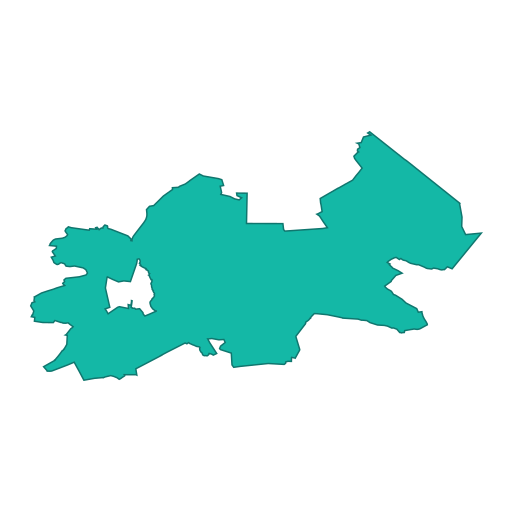 outline of Ārlavas pag., Talsi, Latvia
{"feature_id": "27541924B95940565269220", "entity_name": "Ārlavas pag.", "entity_type": "district", "adm_level": 2, "iso_a3": "LVA", "parent_name": "Latvia", "parent_adm1": "Talsi", "projection": "robinson", "projection_center": [22.632, 57.389], "detail": "fine", "context": "isolated", "style": "filled", "palette": "teal", "viewbox_px": 512, "rotation_deg": 0, "n_neighbors": 0, "source": "geoboundaries", "source_scale": "gbopen_adm2", "svg_char_len": 5922}
<svg xmlns="http://www.w3.org/2000/svg" viewBox="0 0 512 512"><path d="M295.2,358.2L299.6,350.2L299.7,349.8L299.7,349.4L296.0,337.1L295.9,336.6L296.0,336.1L305.4,323.9L305.6,323.5L305.6,322.6L305.8,322.1L308.1,320.5L308.9,319.8L309.7,318.8L310.4,318.3L310.2,318.1L311.9,316.0L314.3,313.6L317.2,313.7L327.3,314.7L338.6,317.0L342.6,317.9L342.7,318.1L358.1,319.1L361.5,320.2L363.0,320.2L366.9,320.6L370.0,322.6L377.5,325.0L384.3,325.4L387.5,326.1L391.9,328.1L393.3,327.9L396.9,329.2L399.7,332.5L400.6,332.5L401.2,332.9L402.1,332.7L404.3,332.5L404.7,330.6L411.0,329.5L412.5,329.3L414.0,329.0L417.1,329.4L419.0,329.1L420.1,328.7L426.9,325.0L427.3,324.8L427.2,323.9L426.0,321.6L424.2,318.8L422.9,316.1L422.0,312.8L421.9,311.7L418.3,312.2L416.7,308.6L406.0,303.0L402.1,299.3L395.5,295.2L393.5,294.5L391.4,291.3L390.0,290.4L387.4,289.0L385.3,287.1L384.7,286.1L391.1,281.5L391.5,280.4L395.9,275.4L402.1,273.2L398.1,270.7L392.5,268.0L392.2,267.4L389.3,264.7L390.0,264.0L387.2,262.4L388.0,261.5L391.2,259.3L394.4,257.8L396.2,257.4L399.4,259.5L400.9,258.5L402.6,259.8L403.3,260.1L406.2,260.8L408.7,262.4L410.6,263.3L416.5,264.7L418.6,264.7L424.5,267.2L426.3,268.2L427.4,268.5L431.7,269.0L433.3,268.2L433.8,268.1L437.9,268.8L440.0,269.6L441.7,269.9L444.3,269.5L444.5,269.6L447.4,266.8L452.1,268.8L481.3,233.1L465.6,234.6L461.7,226.5L462.0,217.1L459.5,203.3L459.7,203.2L406.5,160.7L404.4,159.3L369.7,131.8L367.7,133.0L370.8,135.1L363.5,137.0L361.2,142.6L357.3,143.2L358.8,143.9L359.9,147.6L357.6,149.2L357.4,150.9L358.5,151.9L358.0,152.1L353.9,156.2L354.6,158.4L356.1,160.5L362.1,168.1L358.9,172.3L356.1,175.6L352.6,180.2L345.1,184.3L343.6,185.2L338.1,188.3L338.0,188.2L320.2,198.5L320.6,202.9L321.1,205.0L322.1,211.6L317.5,214.0L316.9,214.2L319.5,216.0L323.3,221.8L327.4,227.7L322.7,228.5L284.9,231.1L283.6,229.6L282.9,223.6L246.5,223.5L247.1,193.2L236.6,193.1L237.0,195.6L241.6,197.8L239.2,199.9L234.7,198.9L230.0,196.5L220.8,194.4L221.6,192.6L220.2,186.2L223.6,185.5L221.8,179.7L218.4,178.6L203.3,176.0L199.3,174.0L189.7,180.7L189.7,180.8L185.3,184.0L179.6,186.3L178.4,187.3L172.4,187.7L172.5,189.5L163.3,196.1L153.7,205.6L149.5,206.3L146.5,209.6L146.9,213.4L146.9,215.4L146.6,217.1L145.8,219.5L143.9,222.5L135.4,233.5L133.2,236.5L132.8,237.3L132.2,238.9L132.0,239.7L132.0,240.8L130.8,240.6L131.2,239.2L127.9,235.9L111.0,229.3L108.3,228.6L107.8,228.2L107.6,227.3L107.6,226.5L107.4,225.9L104.9,225.0L103.3,226.6L103.1,227.0L102.9,228.1L102.5,228.0L101.4,228.0L100.5,228.5L99.1,229.7L98.3,228.6L97.6,228.0L97.1,227.3L95.7,227.7L96.6,229.2L89.7,228.7L89.2,230.2L71.3,227.7L68.3,226.8L67.7,227.6L66.1,228.6L65.1,230.8L65.3,231.4L67.6,234.6L67.1,235.6L65.2,237.2L62.4,238.2L55.6,239.0L55.1,239.2L53.5,240.0L53.0,240.4L50.8,242.9L50.2,243.7L50.0,244.6L49.5,245.5L56.5,246.2L56.3,248.5L52.6,250.9L52.3,251.7L55.3,256.0L51.3,257.2L53.2,260.5L53.8,262.3L54.2,262.8L56.7,264.4L57.4,264.5L58.5,264.2L60.4,262.9L61.0,262.7L61.3,262.7L64.6,263.8L65.6,265.5L65.9,266.0L66.5,266.2L69.9,266.6L74.5,266.0L83.2,267.9L85.9,269.7L87.4,272.9L87.4,273.2L86.0,275.0L79.3,276.8L65.9,278.3L64.0,279.9L64.0,280.1L64.6,281.6L64.5,281.8L62.8,283.2L62.7,283.5L64.7,285.5L56.5,288.0L53.4,289.2L47.5,291.0L41.5,293.0L34.3,297.0L34.5,297.2L34.0,300.6L34.8,301.8L32.0,302.7L30.7,305.9L33.8,311.0L32.6,314.9L32.2,314.9L31.3,316.7L34.8,317.4L34.4,321.2L42.8,322.5L53.3,322.6L54.9,320.5L61.0,322.5L61.9,322.5L63.0,323.1L65.7,323.2L68.1,322.8L69.7,324.2L73.1,326.7L72.3,327.7L70.9,328.6L66.2,334.6L65.5,335.0L67.3,335.4L66.8,344.4L64.8,347.9L63.4,349.8L63.5,349.8L62.7,350.6L62.3,350.6L60.3,353.4L57.9,356.5L56.0,358.7L55.5,359.4L54.7,360.0L54.9,360.3L43.6,366.7L47.2,370.8L47.2,371.1L50.1,371.2L51.8,371.0L56.0,369.4L67.5,365.0L74.2,362.2L79.5,371.9L83.9,380.2L94.6,378.3L102.6,377.6L103.1,377.8L105.2,376.9L110.7,375.6L113.5,376.3L117.0,377.7L119.2,379.3L120.5,378.7L122.1,377.5L124.7,375.8L124.9,375.0L124.6,374.7L135.9,374.7L136.8,375.1L135.8,368.8L161.2,355.5L161.0,355.4L167.0,352.2L185.1,343.0L186.9,343.8L188.6,342.6L189.7,343.5L190.8,343.9L192.7,344.8L194.2,345.3L196.5,346.4L199.0,346.8L199.7,347.1L200.0,347.7L199.6,348.7L199.9,350.2L201.0,352.1L202.0,352.9L202.6,354.5L202.9,355.0L203.5,355.4L204.4,355.7L205.7,355.6L206.8,355.8L207.5,355.7L208.9,354.4L209.0,354.2L209.0,353.5L209.6,353.5L211.8,354.2L213.3,355.1L216.7,353.5L209.7,342.7L207.7,338.9L208.2,338.9L211.8,338.5L218.8,339.8L223.9,339.5L225.2,342.5L220.6,346.1L219.6,348.6L220.5,349.6L231.3,353.1L232.0,364.9L233.7,367.3L240.1,366.4L268.2,363.5L284.2,364.4L285.6,363.3L285.8,361.9L288.0,361.3L291.4,361.4L291.5,357.8L291.6,357.4L294.8,358.0L295.2,358.2ZM131.1,307.3L131.6,304.6L132.1,300.8L131.5,300.6L131.5,301.9L130.9,305.2L130.0,305.1L128.2,304.6L128.5,308.5L119.4,306.7L117.6,307.3L108.1,313.8L106.7,311.3L105.1,308.9L109.8,307.3L105.4,288.0L107.0,277.6L107.1,277.1L107.4,276.9L112.6,279.4L118.5,281.9L123.8,280.9L130.4,281.6L136.6,263.6L137.1,260.9L137.2,259.3L139.0,258.8L139.4,259.2L139.8,259.8L140.2,261.3L140.2,261.6L139.6,263.2L140.0,263.2L140.0,263.7L140.2,264.5L140.7,265.0L140.1,265.3L140.8,265.9L142.2,266.8L144.8,268.1L145.8,268.4L146.4,269.0L146.7,269.7L146.4,269.8L147.5,270.4L147.7,270.7L148.3,270.9L148.5,271.3L148.5,272.4L148.8,273.0L149.4,273.5L149.1,273.6L149.2,274.3L149.3,274.5L149.3,275.0L148.8,275.2L149.1,275.4L150.0,277.5L151.1,279.7L151.8,279.6L152.0,280.0L151.8,282.0L151.4,282.7L151.1,283.0L150.9,283.9L151.3,284.6L151.6,285.7L151.6,286.9L152.2,288.3L152.1,288.8L152.1,289.0L152.3,289.6L153.3,290.5L153.0,290.9L153.7,292.4L154.4,293.1L154.5,293.5L154.5,294.0L154.2,294.2L154.1,294.7L154.4,295.4L154.4,296.2L153.6,297.4L153.2,297.6L152.7,298.5L152.0,298.9L151.8,299.8L150.5,301.3L150.0,302.2L150.1,303.6L150.9,306.4L152.7,308.9L155.4,310.9L156.8,310.9L148.9,314.4L144.9,316.0L143.8,314.8L143.0,313.6L143.0,312.8L142.9,312.6L139.6,308.7L135.6,309.2L134.7,308.2L132.5,308.3L132.0,307.9L132.0,307.6L131.1,307.3Z" fill="#14b8a6" stroke="#0f766e" stroke-width="1.5"/></svg>